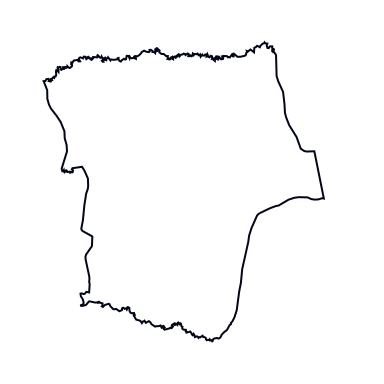 Prang Ku, Si Sa Ket, Thailand, rotated 261°
{"feature_id": "78962969B23076564972122", "entity_name": "Prang Ku", "entity_type": "district", "adm_level": 2, "iso_a3": "THA", "parent_name": "Thailand", "parent_adm1": "Si Sa Ket", "projection": "mercator", "projection_center": [104.074, 14.846], "detail": "fine", "context": "isolated", "style": "outline", "palette": "ink", "viewbox_px": 384, "rotation_deg": 261, "n_neighbors": 0, "source": "geoboundaries", "source_scale": "gbopen_adm2", "svg_char_len": 5897}
<svg xmlns="http://www.w3.org/2000/svg" viewBox="0 0 384 384"><g transform="rotate(261 192 192)"><path d="M109.9,72.0L108.4,70.4L108.1,69.2L109.2,66.9L109.1,66.0L106.5,65.9L103.2,67.3L99.9,67.7L98.7,67.3L98.0,66.4L97.6,64.6L97.0,64.6L96.6,66.4L97.1,69.8L99.9,72.9L100.0,73.8L97.9,79.2L97.9,81.4L97.3,81.5L97.3,82.4L98.1,82.9L98.0,83.2L97.2,83.4L96.0,86.2L93.6,85.7L93.2,85.1L92.4,86.0L94.1,88.4L94.6,92.4L93.9,93.1L92.4,93.3L88.7,95.8L88.3,96.6L88.4,98.7L85.6,101.7L86.3,104.3L87.9,104.7L88.4,105.3L88.4,106.2L87.1,107.1L87.5,108.9L86.1,109.3L87.5,110.4L88.3,110.4L88.3,110.9L87.2,112.0L84.5,111.7L82.6,112.2L81.7,113.4L81.6,115.8L79.6,116.2L79.7,115.2L79.1,115.1L74.7,116.9L72.9,120.8L70.3,122.0L71.8,123.3L71.8,124.2L72.3,124.9L70.0,126.0L71.2,129.2L69.7,130.6L68.0,131.1L64.8,134.5L65.1,135.3L64.7,138.2L65.1,140.0L62.7,140.8L63.1,141.9L64.1,141.8L64.2,142.9L62.5,143.8L61.9,142.5L61.4,142.5L60.3,143.4L60.8,148.4L61.3,149.1L60.7,150.5L62.0,152.0L62.9,151.0L63.8,151.4L65.0,154.0L64.4,154.6L63.8,153.5L63.4,153.7L63.4,154.8L64.4,155.6L63.0,156.8L65.2,157.7L65.3,158.1L63.5,159.0L64.2,159.8L63.7,160.5L61.3,160.5L60.3,161.5L59.3,161.0L58.1,161.3L57.4,162.1L56.8,164.4L55.2,164.0L54.7,165.0L54.0,164.8L54.4,168.5L50.7,170.0L51.8,171.3L50.8,171.7L50.8,171.2L50.3,171.1L49.0,172.4L48.3,172.3L48.7,174.2L47.9,175.3L46.9,175.6L47.5,176.5L47.2,177.4L48.4,180.0L47.0,180.4L46.7,181.7L45.6,182.8L44.2,182.8L43.3,183.4L43.5,184.8L43.0,185.7L43.7,186.4L42.5,186.8L42.6,188.2L41.4,188.6L41.7,189.2L42.9,189.5L43.8,190.9L43.9,193.9L43.1,195.3L43.2,196.1L44.1,197.5L46.3,198.9L48.3,201.4L50.3,205.0L54.6,208.3L55.3,209.7L56.6,210.0L57.8,211.6L61.7,214.4L68.3,217.7L86.2,223.0L94.7,226.1L107.9,229.5L133.7,239.7L140.0,241.6L147.0,245.1L158.6,252.6L159.9,254.2L160.8,256.6L163.8,266.7L165.0,272.5L165.1,275.5L169.3,286.1L170.3,292.2L170.2,296.7L168.6,305.3L166.3,308.8L165.3,312.0L164.9,315.8L165.5,319.5L164.9,321.2L213.1,319.2L214.0,311.7L214.9,309.3L217.7,306.2L229.9,303.9L242.9,298.4L251.3,296.6L255.7,296.2L264.4,297.1L276.6,297.6L287.8,294.5L293.3,293.7L313.8,296.4L315.1,296.1L317.4,294.9L317.4,294.1L318.6,293.2L319.0,293.3L319.1,294.8L319.9,295.3L320.6,295.0L320.9,293.7L323.3,294.0L323.6,291.5L322.1,290.3L322.4,289.1L325.0,288.7L326.8,289.6L327.3,287.7L328.3,287.1L327.9,286.9L327.2,284.6L325.4,282.1L324.4,281.7L326.2,279.2L325.2,277.9L324.7,276.1L320.3,275.1L323.6,272.0L322.1,269.4L322.7,268.2L321.6,268.4L320.8,267.3L319.2,266.9L318.3,265.6L318.0,261.2L318.4,258.1L321.9,255.1L320.5,254.3L319.5,254.3L319.6,253.5L321.0,253.2L321.7,253.8L322.0,253.4L319.0,250.4L319.6,249.6L319.4,248.5L320.7,247.8L321.3,245.1L320.5,244.2L321.4,243.9L321.3,243.1L320.2,243.7L319.5,242.6L318.9,243.5L318.5,243.3L318.5,241.5L321.5,239.7L321.9,238.3L321.5,238.2L321.0,239.2L320.1,239.6L318.7,238.4L319.5,237.4L321.8,237.5L322.1,237.1L321.0,236.1L320.2,234.3L319.8,234.6L320.4,235.5L319.8,236.3L319.5,235.3L317.9,235.1L319.1,233.9L320.5,233.5L320.4,232.5L322.2,233.1L323.1,232.9L323.6,231.7L323.0,231.6L322.3,230.2L323.0,229.4L324.9,228.9L323.5,228.5L323.4,227.5L325.3,228.1L325.8,227.7L325.6,226.2L324.8,225.7L325.1,224.0L326.1,223.6L324.3,221.7L326.3,221.5L325.8,221.0L326.0,220.0L326.7,220.1L327.9,219.0L327.3,218.3L327.9,216.4L326.8,214.9L328.2,214.9L328.7,214.5L326.8,213.7L326.2,212.5L327.1,211.9L326.5,210.5L326.8,209.6L328.6,210.4L329.5,209.3L328.3,207.0L329.4,206.6L330.0,205.2L329.4,204.4L329.3,202.6L328.2,201.2L329.0,201.2L330.2,200.4L329.1,198.6L328.6,199.2L328.1,199.1L328.0,197.7L327.2,197.0L328.4,196.3L327.8,195.6L328.5,194.4L326.1,194.1L326.5,193.6L328.2,193.7L328.4,192.6L326.6,191.4L326.3,190.8L327.2,188.8L327.9,189.8L328.9,188.9L330.0,189.4L330.4,187.6L332.7,185.7L333.1,183.5L334.8,181.8L335.3,181.6L336.8,182.1L337.4,181.6L336.5,179.0L337.2,178.9L338.8,180.5L339.6,179.8L338.8,178.1L335.0,177.3L336.0,176.5L336.5,174.8L337.5,175.1L338.9,173.6L339.0,172.3L337.7,172.4L336.9,171.3L337.9,168.4L339.1,166.8L338.1,164.3L336.8,163.2L335.1,160.7L334.6,158.8L335.2,157.1L334.8,156.0L334.4,155.9L333.6,157.6L332.3,157.4L333.2,156.2L333.6,154.8L333.5,153.6L334.0,152.2L335.2,151.7L333.9,151.2L336.3,150.5L336.7,148.8L333.5,147.6L333.3,146.7L334.2,145.7L332.9,142.9L332.0,142.1L332.8,140.9L334.6,140.2L335.9,140.4L335.8,139.5L334.7,138.8L334.8,135.3L335.6,132.7L334.7,132.0L338.2,130.2L337.3,129.6L337.6,127.5L336.5,128.1L335.6,127.9L336.4,126.6L335.5,124.6L334.5,124.9L334.5,124.3L335.7,123.5L336.1,124.4L338.0,125.9L337.7,124.5L339.9,123.9L339.0,123.4L339.0,122.3L341.9,120.3L341.7,119.9L340.6,120.1L339.8,119.5L340.8,115.5L339.6,115.3L339.7,114.0L339.0,114.5L338.2,113.5L339.1,112.4L340.5,111.8L340.4,110.6L341.2,111.1L341.8,110.7L341.2,109.0L340.2,109.1L339.8,108.4L342.3,107.8L342.6,106.2L341.0,105.4L342.5,102.7L341.8,101.3L341.1,101.0L338.6,101.9L338.7,100.5L340.4,99.4L340.3,95.7L338.3,94.1L338.9,93.1L337.2,92.6L336.3,93.4L335.1,93.2L333.6,90.8L334.1,89.8L335.8,88.6L334.6,88.3L334.2,86.7L334.4,86.1L335.3,86.3L335.4,84.0L333.6,84.5L333.7,83.5L333.1,82.1L333.4,81.7L336.0,81.5L336.3,80.7L335.9,79.6L336.3,78.9L335.6,78.6L333.7,79.3L331.4,78.9L333.5,77.5L333.6,77.0L332.4,76.5L328.9,76.2L327.4,75.3L327.6,74.1L326.2,73.7L326.9,72.8L325.9,71.6L325.8,70.6L324.5,71.1L324.9,69.4L324.4,69.4L323.8,70.2L323.2,69.7L324.0,67.8L325.0,68.3L326.2,67.8L326.2,65.8L324.6,64.6L324.7,62.8L315.3,64.9L306.6,63.7L300.8,64.4L296.3,65.8L288.8,70.0L281.8,73.2L272.0,75.5L265.0,74.7L257.9,75.5L251.7,74.9L235.4,66.9L232.8,67.2L232.6,68.0L233.6,68.8L231.9,68.8L231.4,69.2L233.0,70.7L233.1,71.3L232.6,71.6L232.0,70.9L231.2,72.1L231.2,74.5L230.1,74.7L230.7,75.9L230.1,76.7L230.2,77.2L232.0,77.9L233.1,76.9L234.2,77.6L234.1,87.3L229.9,89.1L221.6,91.3L214.3,90.4L211.4,89.6L206.9,87.2L195.7,83.6L181.4,79.9L173.3,77.0L172.0,77.0L170.6,77.8L163.7,86.6L154.2,84.7L146.9,77.7L144.6,76.6L141.6,76.4L125.1,77.3L122.0,77.1L119.5,76.4L117.0,76.5L108.9,74.7L109.9,72.0Z" fill="none" stroke="#020617" stroke-width="2"/></g></svg>